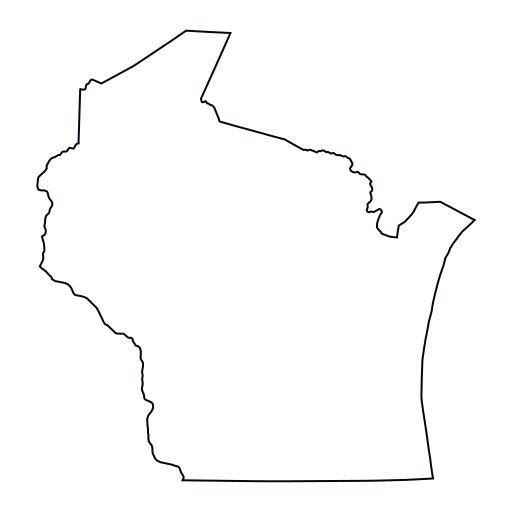 Wisconsin, Albers equal-area conic projection
{"feature_id": "USA-3553", "entity_name": "Wisconsin", "entity_type": "State", "adm_level": 1, "iso_a3": "USA", "parent_name": "United States of America", "parent_adm1": "", "projection": "albers", "projection_center": [-89.863, 44.9], "detail": "fine", "context": "isolated", "style": "outline", "palette": "ink", "viewbox_px": 512, "rotation_deg": 0, "n_neighbors": 0, "source": "natural_earth", "source_scale": "10m", "svg_char_len": 5956}
<svg xmlns="http://www.w3.org/2000/svg" viewBox="0 0 512 512"><path d="M440.1,201.8L441.5,202.4L445.8,204.8L448.4,206.1L450.6,207.2L452.8,208.5L455.0,209.6L459.3,211.9L461.5,213.1L463.6,214.2L466.0,215.4L468.1,216.6L470.1,217.6L472.2,218.8L474.7,219.9L470.6,224.0L466.9,227.3L462.1,231.8L459.0,235.6L456.6,239.0L452.9,243.8L450.2,248.2L448.3,253.1L445.5,257.8L443.6,265.0L439.7,276.5L437.4,284.6L435.1,293.7L432.9,303.1L431.6,311.4L428.8,321.9L427.2,331.1L425.3,340.6L423.9,349.7L422.4,359.9L422.2,366.4L421.8,377.9L421.6,387.2L421.4,396.1L421.7,400.4L422.9,409.5L424.6,420.6L426.4,432.4L427.6,441.2L428.8,449.8L430.3,459.3L431.1,466.3L433.0,478.5L417.9,479.3L405.3,479.9L379.0,480.6L366.7,480.8L281.0,481.3L256.4,481.2L182.6,480.3L183.5,478.3L183.7,477.2L183.2,475.8L181.4,473.1L180.9,472.0L179.6,468.2L178.5,466.8L176.9,466.2L175.3,465.9L172.1,464.7L160.4,462.2L157.4,460.8L155.9,459.6L155.0,458.3L152.8,453.6L152.5,451.9L152.4,447.9L152.0,446.2L151.3,444.9L149.4,442.4L148.7,440.8L148.4,438.7L148.4,434.4L148.1,433.4L148.0,432.2L148.0,428.8L147.5,425.6L147.2,419.0L148.1,415.8L151.8,410.8L153.1,407.9L153.0,404.4L151.4,402.3L145.5,399.7L144.8,399.1L144.3,398.1L144.0,395.5L143.8,394.5L143.5,393.6L142.6,391.6L142.2,390.6L142.0,389.5L142.0,388.3L142.1,387.1L142.6,384.8L142.7,383.7L142.6,382.4L142.3,380.0L142.2,378.7L142.6,375.8L142.6,374.8L142.1,372.3L142.1,371.5L143.0,366.4L143.0,364.6L142.9,362.8L142.6,361.9L142.2,361.2L141.3,360.0L141.0,359.4L140.7,358.6L140.6,357.8L140.6,357.0L140.8,354.2L140.8,352.1L140.5,349.8L140.2,348.7L139.8,347.8L139.1,347.0L138.2,346.4L135.4,345.3L134.9,344.0L133.4,342.0L132.9,340.7L132.8,340.0L132.6,339.3L132.4,338.8L131.9,338.3L131.1,337.9L128.7,337.7L128.1,337.5L127.6,337.2L123.9,333.9L123.5,333.7L117.0,333.6L116.1,333.3L115.3,332.8L107.7,325.5L105.1,324.2L103.8,322.4L99.0,312.2L96.6,307.8L86.6,298.0L83.1,296.6L75.3,295.0L74.5,294.5L73.8,293.7L73.2,292.6L71.6,288.6L69.8,286.0L67.6,284.1L65.3,283.1L54.9,281.0L52.1,279.1L51.8,278.5L51.6,277.6L51.2,276.8L50.0,275.9L45.5,271.0L41.5,268.1L39.8,266.4L42.7,260.7L43.3,258.2L43.3,257.0L43.0,254.0L43.2,253.0L44.2,251.4L44.4,250.8L44.3,246.8L43.8,242.8L42.4,238.5L42.0,236.5L43.0,235.6L44.3,235.2L45.2,233.9L45.7,232.1L45.7,229.9L44.6,226.8L44.3,226.3L44.5,225.2L45.0,223.2L45.2,219.1L45.6,217.3L46.2,215.8L47.1,214.7L48.2,213.9L49.1,212.8L49.5,211.1L50.0,209.0L52.0,205.8L52.4,204.2L52.1,202.3L51.2,200.8L50.1,199.5L49.0,198.0L48.6,196.6L47.7,193.0L47.0,191.5L44.5,190.4L41.2,190.4L38.4,189.6L37.3,186.3L38.0,179.2L38.3,177.6L39.0,176.5L44.9,171.1L46.8,168.4L46.6,165.7L49.4,160.7L51.3,158.5L53.3,157.5L54.5,157.3L58.1,155.1L59.8,154.9L60.4,154.6L60.7,154.2L61.5,153.0L61.6,152.7L61.8,152.5L62.2,152.1L62.7,151.7L63.4,151.5L66.1,151.6L67.0,151.1L68.6,148.6L69.6,147.8L70.7,147.9L72.3,148.4L73.8,148.5L74.4,147.7L74.8,146.4L75.5,145.2L76.5,144.2L77.3,143.6L78.6,143.4L78.6,140.3L80.2,89.4L80.4,89.1L80.7,89.1L81.6,89.5L82.8,89.6L83.9,89.6L84.8,89.4L85.1,89.1L85.4,88.9L85.5,88.6L85.7,88.2L86.1,85.8L86.2,85.3L86.4,84.8L86.7,84.4L87.1,84.1L87.4,83.9L88.5,83.7L88.8,83.5L89.1,83.1L89.7,81.5L90.2,80.7L91.2,79.9L92.2,79.5L101.4,83.5L133.7,65.9L140.3,61.5L173.1,39.6L179.6,35.1L186.1,30.7L197.2,31.3L208.3,31.9L213.8,32.2L230.4,33.0L225.1,45.1L212.5,73.2L205.3,89.2L203.5,93.2L201.0,98.7L201.4,100.4L201.6,101.4L201.9,101.8L202.3,102.1L203.0,102.2L203.6,102.2L204.1,102.0L205.2,101.3L205.6,101.2L206.1,101.5L206.7,102.8L207.1,103.3L208.3,103.5L208.9,103.8L209.5,104.4L210.1,104.8L210.8,105.1L211.5,105.1L212.1,105.4L212.7,105.8L213.6,106.8L214.4,107.9L218.8,118.8L219.3,120.7L219.5,121.2L219.9,121.6L221.7,122.1L227.3,123.7L235.8,126.1L263.2,133.6L272.9,136.3L276.8,137.3L284.7,139.4L289.9,142.4L303.2,149.8L304.0,149.9L304.5,149.9L305.5,149.7L305.9,149.7L306.4,149.9L306.9,150.3L307.5,150.4L308.0,150.4L309.4,149.9L309.9,149.8L310.5,149.8L311.2,150.1L312.2,150.6L313.7,151.0L315.9,152.2L316.6,152.4L317.2,152.3L318.6,151.1L319.0,151.0L319.5,151.1L320.0,151.2L320.5,151.2L320.9,151.1L321.7,150.6L322.2,150.5L322.7,150.4L323.2,150.5L323.9,150.7L324.6,151.1L325.7,151.9L326.3,152.1L326.9,152.1L327.3,151.9L327.7,151.9L328.2,152.1L330.5,153.3L331.1,153.4L331.7,153.4L333.0,153.0L333.6,153.1L334.2,153.4L335.9,154.7L336.3,154.9L337.4,155.1L339.6,155.1L340.2,155.1L340.7,155.3L341.9,156.0L343.0,156.4L343.5,156.4L344.0,156.4L345.0,156.2L345.5,156.2L346.0,156.4L347.8,157.8L348.2,158.0L349.2,158.4L349.8,158.8L350.3,159.4L352.1,163.1L352.4,163.8L352.3,164.7L352.1,165.2L351.9,165.7L350.5,167.6L350.2,168.1L350.1,168.6L350.1,169.2L350.3,169.9L350.9,170.8L351.4,171.2L352.4,171.8L353.4,172.2L354.5,172.4L355.1,172.4L356.1,172.3L357.4,171.8L357.8,171.8L358.1,172.0L358.3,172.1L359.1,173.1L359.4,173.5L359.7,173.7L360.2,174.0L361.3,174.3L364.1,174.5L364.6,174.6L365.1,174.8L365.4,175.1L365.7,175.5L366.5,176.6L366.8,176.9L368.4,178.0L369.1,178.6L369.9,179.7L370.9,180.6L371.3,181.2L371.4,181.5L371.2,182.3L370.9,182.6L370.3,183.2L370.1,183.7L370.2,184.4L370.7,185.4L371.8,187.3L372.1,187.8L372.2,188.5L372.2,189.7L372.1,190.5L371.8,191.1L371.5,191.4L371.1,191.6L370.7,191.7L370.4,192.1L370.3,193.0L371.0,194.9L371.6,197.8L371.7,198.4L371.6,198.7L371.5,199.2L371.1,200.2L370.7,201.0L370.4,201.4L370.1,201.8L368.0,203.5L367.7,203.9L367.5,204.4L367.5,205.2L367.7,206.3L367.7,207.1L367.6,207.7L366.8,209.8L366.8,210.3L367.0,210.9L367.4,211.5L368.4,212.1L369.0,212.3L369.6,212.1L370.3,211.7L370.8,211.5L371.3,211.5L372.8,212.0L373.3,212.0L373.8,211.9L374.3,211.8L379.1,209.1L379.5,208.9L379.9,209.0L380.3,209.3L380.8,209.8L381.3,210.6L381.8,211.4L381.9,211.9L381.9,212.4L381.6,213.0L380.6,214.1L380.1,214.9L378.5,218.8L377.3,222.6L377.1,223.8L376.9,226.8L377.0,227.4L377.5,228.3L378.5,229.6L380.1,231.1L380.8,232.0L381.2,232.7L381.3,233.1L382.5,234.0L386.3,235.4L389.9,236.7L393.5,237.1L397.0,237.5L397.7,232.4L398.8,225.6L404.7,221.9L409.0,217.4L411.9,214.2L414.0,211.0L416.1,206.8L418.5,202.6L422.5,202.6L429.7,202.3L440.1,201.8Z" fill="none" stroke="#020617" stroke-width="2"/></svg>